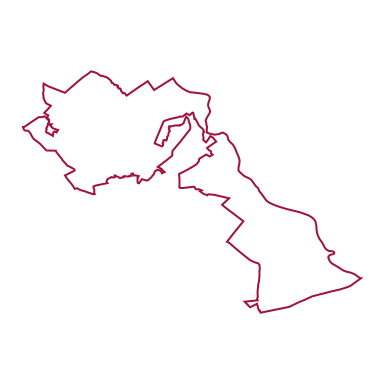 the district of Santa Mare, Botosani, Romania
{"feature_id": "2599482B82082933553236", "entity_name": "Santa Mare", "entity_type": "district", "adm_level": 2, "iso_a3": "ROU", "parent_name": "Romania", "parent_adm1": "Botosani", "projection": "robinson", "projection_center": [27.269, 47.633], "detail": "fine", "context": "isolated", "style": "outline", "palette": "rose", "viewbox_px": 384, "rotation_deg": 0, "n_neighbors": 0, "source": "geoboundaries", "source_scale": "gbopen_adm2", "svg_char_len": 5918}
<svg xmlns="http://www.w3.org/2000/svg" viewBox="0 0 384 384"><path d="M260.6,312.7L289.1,306.9L300.2,301.6L305.0,299.7L312.3,296.3L330.7,291.6L338.6,289.8L345.1,287.9L350.0,286.1L352.2,284.6L361.0,278.2L360.1,278.0L359.0,277.4L355.2,274.6L351.0,272.7L345.5,271.4L343.3,270.5L339.4,267.9L331.8,263.4L330.0,261.5L329.5,260.6L328.3,257.7L328.6,256.2L329.9,255.1L331.8,254.4L333.2,254.2L333.9,253.8L334.2,253.3L334.3,252.6L333.6,251.6L333.0,251.4L328.7,250.9L326.3,249.4L324.8,247.6L322.4,243.0L319.3,238.6L317.9,235.5L316.9,232.4L316.5,229.0L316.5,227.1L315.8,222.9L315.2,221.0L313.4,218.6L311.7,217.3L308.8,215.5L303.0,213.3L299.2,212.1L287.0,209.1L279.6,206.9L274.1,204.9L269.0,202.5L267.0,201.1L266.0,200.1L261.7,194.1L259.4,191.3L259.0,190.6L258.5,188.8L258.2,188.3L255.9,186.2L251.4,180.0L250.1,178.9L244.0,175.9L239.1,171.5L238.4,170.1L238.7,166.1L239.1,165.3L239.6,160.9L239.5,160.0L239.0,157.9L237.8,154.9L236.7,152.6L235.5,149.3L234.5,147.2L232.7,144.4L230.3,142.2L228.4,139.9L227.5,136.4L226.9,135.2L225.5,134.0L222.7,132.6L221.4,132.9L219.2,134.0L214.6,134.7L209.9,133.7L207.0,132.6L206.8,131.5L206.7,129.5L207.1,127.3L207.0,126.5L206.3,124.5L206.4,123.7L205.8,120.9L205.8,120.4L206.3,118.9L207.6,116.4L209.2,113.9L209.9,112.3L210.1,111.5L210.1,110.8L208.4,106.8L208.2,105.9L208.1,104.1L208.6,102.2L209.4,100.1L209.9,97.9L209.9,97.3L209.3,96.2L208.3,95.3L207.0,94.6L204.1,93.9L194.4,92.6L190.4,92.3L186.9,91.0L182.4,88.4L177.7,84.6L176.0,82.9L173.0,78.2L154.1,90.0L147.8,81.2L138.1,87.6L126.7,95.6L125.9,94.9L125.4,93.8L124.9,93.2L124.1,93.1L123.6,93.4L122.9,93.3L122.3,92.6L122.4,92.1L121.1,91.1L121.0,90.2L120.6,89.7L120.7,89.0L120.0,88.3L119.9,88.3L119.7,88.6L119.0,88.6L117.7,87.5L117.5,87.0L118.1,86.6L118.0,85.9L117.0,85.4L116.6,85.0L114.4,84.8L113.8,84.4L113.5,83.6L113.0,83.1L111.7,82.8L111.7,82.3L111.1,81.6L111.1,80.8L109.5,79.3L108.9,79.1L108.4,78.4L106.6,77.3L105.5,77.0L105.2,76.6L104.5,76.7L102.6,75.9L101.5,76.0L100.9,75.6L99.9,75.4L99.3,75.0L98.7,74.3L96.1,72.8L93.8,72.0L92.5,71.8L91.1,71.3L88.7,73.3L82.5,77.7L76.9,82.3L72.9,85.9L72.8,86.2L71.8,86.6L71.3,87.2L65.0,92.8L48.5,86.4L43.6,83.6L43.4,84.8L43.6,85.9L43.3,86.7L43.8,89.9L43.4,91.0L43.5,91.6L43.1,93.3L43.1,94.2L43.5,95.7L43.5,98.2L43.9,98.6L44.8,101.1L45.3,101.7L45.6,102.8L46.6,103.6L50.8,105.7L49.0,107.9L44.3,112.9L47.0,114.8L48.3,115.3L47.1,117.7L48.9,119.5L49.2,120.1L49.1,122.1L49.0,122.6L48.5,123.4L48.6,123.6L49.3,123.8L49.6,124.6L51.6,124.3L50.6,125.9L52.5,128.0L55.9,129.4L58.1,129.9L56.6,132.4L54.8,131.5L54.1,131.7L53.7,132.0L53.1,133.6L52.9,135.9L51.9,135.3L51.7,134.8L50.9,134.8L48.9,133.6L48.1,132.9L47.0,132.9L46.4,132.3L46.1,131.9L46.1,131.1L46.2,130.6L46.6,130.0L46.4,129.5L46.6,128.7L46.3,128.2L47.1,127.0L47.9,124.4L47.9,123.6L48.8,122.6L49.0,120.7L44.6,116.3L41.8,117.2L38.9,117.1L32.6,121.2L24.7,126.7L24.1,127.0L23.0,127.0L23.6,128.9L24.2,129.9L24.9,130.5L28.0,130.8L28.9,131.4L30.3,133.1L31.3,135.3L33.7,139.0L39.9,143.6L46.2,150.3L47.0,150.5L55.8,150.7L55.8,151.2L57.9,154.1L62.3,159.5L62.6,160.5L64.2,161.9L64.6,162.6L65.4,163.2L67.3,165.6L69.2,166.4L74.4,169.3L74.6,170.5L74.1,170.9L65.0,175.4L67.5,179.2L71.6,184.1L73.6,186.8L74.8,188.9L77.4,188.2L78.5,189.1L81.5,190.4L84.3,191.1L87.1,192.2L93.6,194.3L94.7,194.1L94.2,192.4L94.3,189.9L93.3,187.0L94.2,186.0L97.2,185.2L107.5,183.1L106.7,181.8L106.6,181.3L106.8,180.4L107.7,179.0L110.3,177.8L111.1,177.1L113.8,177.5L114.7,177.3L114.7,175.3L114.9,175.3L115.7,176.0L118.5,177.0L119.5,177.9L120.1,178.1L121.1,177.7L123.6,177.3L123.4,176.5L124.0,176.1L128.3,176.6L128.8,176.3L129.2,176.3L129.3,175.9L131.5,175.9L131.4,174.1L131.9,174.1L131.9,173.8L132.9,173.4L133.4,174.7L134.0,175.6L135.2,175.3L138.6,176.1L137.7,177.3L138.1,177.6L137.6,178.5L137.4,180.6L137.6,181.5L137.7,182.8L139.0,183.3L141.9,179.2L146.9,180.6L148.8,179.7L149.9,178.5L151.4,177.2L152.6,175.6L154.1,173.8L154.6,171.7L157.2,169.7L157.8,170.2L158.6,170.1L160.1,170.5L161.3,171.9L161.9,172.8L161.9,173.2L164.6,172.1L161.3,168.8L157.8,166.9L167.0,159.9L172.2,155.6L172.4,151.6L172.6,150.8L179.9,142.2L189.3,130.3L190.2,128.9L190.3,126.9L190.2,125.7L189.8,123.9L189.1,122.2L188.2,118.7L186.2,116.6L185.5,118.4L185.0,119.1L184.7,120.5L183.9,122.1L183.8,122.9L182.0,124.5L180.7,124.9L180.3,125.3L179.6,125.3L179.3,125.5L179.2,125.2L178.5,125.2L177.3,125.5L175.7,125.4L170.8,126.4L170.1,126.2L169.3,126.2L168.9,126.9L169.5,127.2L169.6,128.0L168.9,128.7L168.8,129.2L169.9,131.0L169.6,131.5L168.7,132.4L168.2,135.7L167.1,136.9L167.1,139.1L166.1,140.6L164.9,139.9L163.2,140.5L163.4,142.2L162.6,143.1L163.2,144.5L162.9,145.6L161.9,146.4L154.7,143.4L155.3,141.3L163.5,121.7L164.0,121.1L164.8,120.7L170.1,119.0L178.3,117.2L179.7,116.5L181.1,116.7L182.9,116.4L186.4,113.5L188.5,114.5L189.5,115.3L192.4,112.6L193.3,112.9L193.7,115.1L193.7,115.5L194.5,117.3L194.2,118.3L194.4,119.0L194.8,119.2L195.5,119.0L197.9,123.3L198.4,124.7L200.1,126.7L202.4,128.6L203.6,130.2L203.8,131.5L204.1,132.0L203.3,132.2L203.0,134.9L203.6,138.2L203.1,139.7L206.0,142.4L207.6,140.3L210.3,136.1L213.1,137.7L215.3,140.6L216.2,141.6L207.1,147.9L208.7,150.0L209.3,150.5L210.5,150.8L211.1,151.8L211.1,152.5L211.2,153.5L211.8,154.2L212.6,154.7L209.7,156.5L206.2,154.5L205.8,154.8L199.4,158.7L198.9,159.8L198.8,161.3L196.5,164.3L192.9,166.6L188.4,169.2L179.0,174.1L179.5,179.2L179.5,185.2L179.3,187.4L180.4,187.9L182.2,188.1L194.0,186.7L194.6,187.1L195.5,188.9L195.8,189.2L199.5,189.4L201.7,190.4L200.0,191.3L203.6,193.9L204.9,194.4L205.9,194.6L207.2,195.3L208.2,194.3L214.3,194.8L229.1,198.3L222.1,204.8L225.7,207.8L243.4,221.2L232.7,234.4L227.0,241.8L228.0,242.1L229.5,243.1L238.4,250.8L249.6,259.8L254.0,262.0L256.2,262.8L258.1,263.3L259.5,264.9L259.8,269.3L259.4,271.6L259.5,275.6L259.0,281.0L258.8,282.1L258.4,283.4L257.5,292.3L257.8,297.2L257.1,298.7L257.6,300.3L244.7,301.7L250.1,307.3L257.0,303.8L257.2,305.0L257.8,306.3L258.0,308.2L259.5,311.0L260.0,310.8L260.6,312.7Z" fill="none" stroke="#9f1239" stroke-width="2"/></svg>